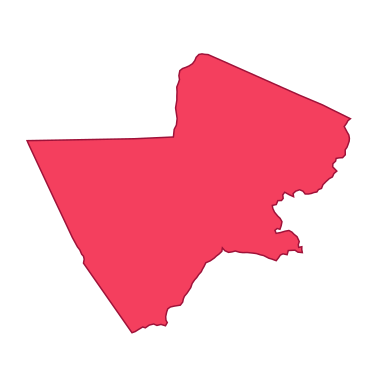 the district of Pirapemas, Maranhão, Brazil, rotated 177°
{"feature_id": "56859067B76556806546899", "entity_name": "Pirapemas", "entity_type": "district", "adm_level": 2, "iso_a3": "BRA", "parent_name": "Brazil", "parent_adm1": "Maranhão", "projection": "orthographic", "projection_center": [-44.224, -3.776], "detail": "fine", "context": "isolated", "style": "filled", "palette": "rose", "viewbox_px": 384, "rotation_deg": 177, "n_neighbors": 0, "source": "geoboundaries", "source_scale": "gbopen_adm2", "svg_char_len": 2106}
<svg xmlns="http://www.w3.org/2000/svg" viewBox="0 0 384 384"><g transform="rotate(177 192 192)"><path d="M90.8,182.0L91.1,185.1L88.4,187.4L84.4,188.6L81.1,187.0L79.1,184.1L75.9,183.9L72.9,184.3L70.3,185.1L67.3,185.5L65.6,187.8L62.5,188.8L60.8,192.5L57.6,195.4L54.2,198.2L51.0,199.7L49.3,203.0L46.3,205.3L50.2,209.8L49.8,212.9L47.0,215.3L46.3,218.0L43.4,218.4L39.8,218.4L37.0,221.1L36.8,226.1L34.8,228.7L33.6,231.5L32.4,234.5L32.0,237.3L32.4,240.7L34.0,243.8L35.1,246.2L36.6,249.4L34.2,252.3L32.6,255.0L30.0,256.9L48.4,267.2L57.0,272.1L80.1,283.3L156.3,322.1L168.8,328.4L172.1,328.8L174.8,329.4L177.9,329.0L180.8,326.3L182.3,323.1L184.8,320.1L188.2,318.1L191.6,316.8L195.0,315.8L197.8,313.8L199.0,308.9L198.6,304.9L199.9,301.5L201.7,297.6L201.7,292.7L202.1,288.7L202.3,284.6L204.0,276.8L203.0,266.1L204.1,259.6L206.5,255.5L207.7,247.9L246.8,248.2L319.9,250.7L354.0,251.9L352.6,248.1L329.2,190.3L322.2,173.3L313.8,152.7L309.3,143.3L307.1,140.1L305.4,135.6L303.7,133.5L303.2,130.5L304.1,126.6L259.3,54.6L256.0,55.6L253.0,57.3L248.3,59.8L245.7,58.8L241.7,61.3L237.2,62.2L234.0,60.6L229.9,61.4L225.5,59.8L223.5,62.9L224.7,65.3L224.8,68.9L223.5,73.7L222.3,76.6L219.6,78.3L215.5,79.0L209.6,79.6L207.1,82.5L206.2,85.8L205.0,88.3L202.2,91.3L199.9,94.4L198.3,96.5L196.6,100.7L194.0,104.1L191.7,106.4L189.6,109.2L186.9,111.9L185.7,114.2L184.0,116.8L181.9,120.6L177.4,122.3L173.2,124.9L171.0,126.8L168.3,128.6L165.3,131.2L164.6,134.6L162.3,131.7L158.7,129.8L155.2,130.1L151.9,130.8L147.8,129.4L144.3,128.8L140.1,128.7L134.3,127.8L130.7,127.1L127.0,125.7L123.8,124.8L118.6,121.8L115.9,120.9L111.5,119.0L109.2,121.6L107.1,124.4L104.4,125.5L100.3,124.4L98.9,128.5L95.3,128.5L92.2,128.5L89.4,126.4L85.0,125.7L85.4,128.8L85.2,131.6L88.4,131.1L88.6,133.9L87.5,136.9L89.4,141.8L92.4,144.5L94.3,146.7L97.2,148.5L101.1,148.0L105.7,146.9L110.1,146.3L111.2,149.4L108.9,151.1L106.1,150.2L104.7,153.7L103.7,157.6L105.4,161.1L107.6,163.4L110.7,167.6L112.2,171.4L112.5,174.4L108.5,175.1L106.7,178.9L103.1,178.8L101.3,180.8L101.5,184.4L99.4,186.9L94.9,184.1L90.8,182.0Z" fill="#f43f5e" stroke="#9f1239" stroke-width="1.5"/></g></svg>